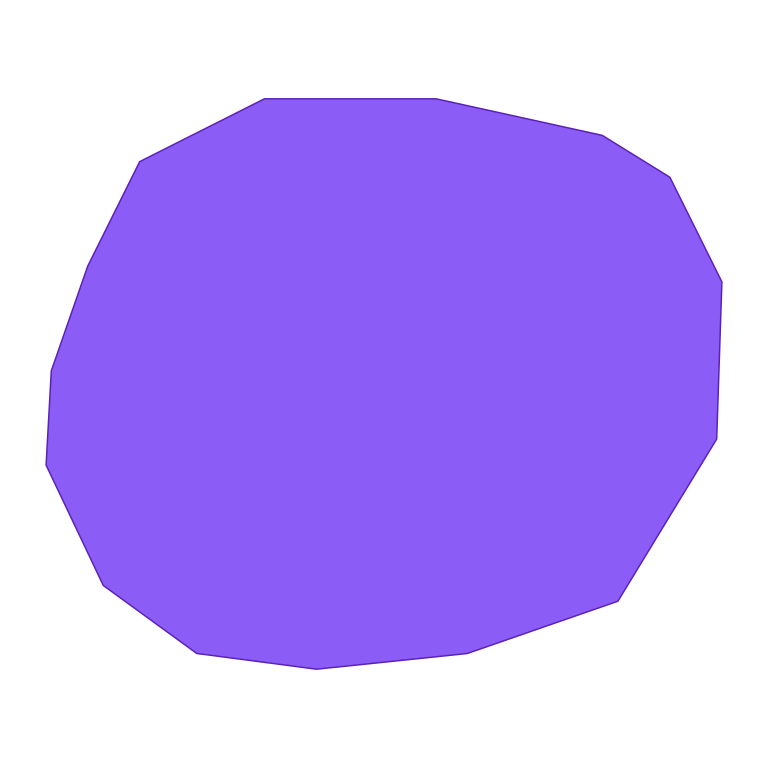 Tshimbulu, Kasaï-Occidental, Democratic Republic of the Congo
{"feature_id": "63176286B74390580243640", "entity_name": "Tshimbulu", "entity_type": "district", "adm_level": 2, "iso_a3": "COD", "parent_name": "Democratic Republic of the Congo", "parent_adm1": "Kasaï-Occidental", "projection": "mercator", "projection_center": [22.857, -6.479], "detail": "fine", "context": "isolated", "style": "filled", "palette": "violet", "viewbox_px": 768, "rotation_deg": 0, "n_neighbors": 0, "source": "geoboundaries", "source_scale": "gbopen_adm2", "svg_char_len": 319}
<svg xmlns="http://www.w3.org/2000/svg" viewBox="0 0 768 768"><path d="M196.8,653.5L316.4,669.2L467.2,653.5L617.9,601.2L716.7,439.0L721.9,281.9L669.9,177.3L602.3,135.4L436.0,98.8L264.4,98.8L139.7,161.6L87.7,266.2L51.3,370.9L46.1,465.1L103.3,585.5L196.8,653.5Z" fill="#8b5cf6" stroke="#5b21b6" stroke-width="1.5"/></svg>